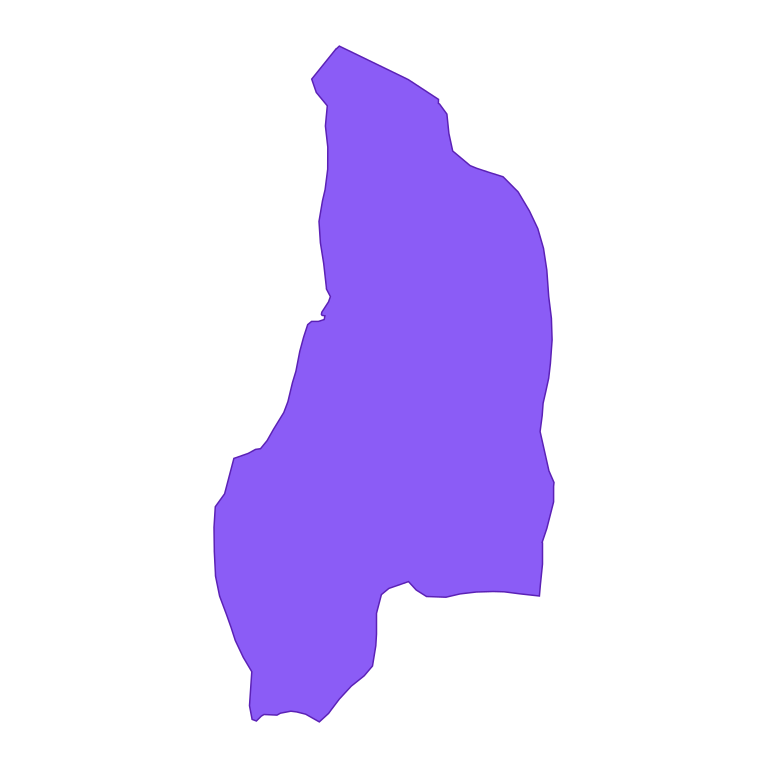 the district of Shaharah, Amran, Yemen
{"feature_id": "15242507B60781890450687", "entity_name": "Shaharah", "entity_type": "district", "adm_level": 2, "iso_a3": "YEM", "parent_name": "Yemen", "parent_adm1": "Amran", "projection": "equal_earth", "projection_center": [43.696, 16.186], "detail": "fine", "context": "isolated", "style": "filled", "palette": "violet", "viewbox_px": 768, "rotation_deg": 0, "n_neighbors": 0, "source": "geoboundaries", "source_scale": "gbopen_adm2", "svg_char_len": 1588}
<svg xmlns="http://www.w3.org/2000/svg" viewBox="0 0 768 768"><path d="M311.7,79.1L316.3,92.5L327.3,105.8L325.4,126.0L327.8,147.2L327.7,169.2L325.1,189.6L322.5,200.7L319.0,221.4L320.4,242.8L323.7,263.5L326.4,287.7L326.4,288.9L330.4,296.6L328.5,301.9L321.8,312.2L321.4,314.3L322.1,315.4L324.9,315.8L324.2,319.5L318.5,321.4L311.6,321.4L307.7,324.6L303.6,337.2L299.8,351.3L295.9,371.3L292.5,382.5L287.9,401.7L283.8,412.5L273.5,429.3L267.1,440.6L260.5,448.7L255.5,449.4L248.2,453.4L233.9,458.4L224.6,493.8L215.3,506.7L214.0,527.4L214.2,542.5L214.3,548.9L214.3,551.3L215.4,572.9L215.5,576.0L219.6,596.1L226.6,614.8L231.2,627.8L235.3,640.5L243.3,657.4L251.8,671.7L249.5,705.7L252.1,719.4L256.4,721.0L261.3,716.1L264.0,714.5L277.0,715.1L280.4,713.2L290.8,711.2L296.6,711.9L305.7,714.2L319.3,721.9L328.6,713.4L331.0,710.1L339.3,699.1L351.3,686.1L364.2,675.8L372.5,666.0L375.8,645.8L376.5,634.1L376.5,613.3L381.4,594.6L388.9,588.4L408.5,581.6L416.2,590.0L426.5,596.5L446.0,597.2L460.1,593.9L476.4,592.0L493.1,591.5L504.1,591.8L519.6,593.8L539.4,596.0L540.4,584.6L542.5,564.1L542.5,542.9L542.1,542.5L546.8,528.5L553.6,501.9L553.6,486.4L554.0,482.5L548.9,470.8L548.7,469.8L540.1,431.6L540.6,427.6L542.2,415.5L543.1,403.3L545.7,391.9L548.7,378.2L550.4,363.5L552.1,340.0L551.4,318.3L548.7,296.4L546.8,270.0L543.5,248.3L537.8,228.6L529.4,210.9L518.1,191.9L514.6,188.4L503.1,176.8L488.8,172.3L476.7,168.3L470.1,165.6L452.7,151.0L448.9,133.5L446.9,114.1L439.5,104.0L438.4,103.4L438.5,99.4L408.3,79.6L339.3,46.1L336.3,48.9L336.1,48.8L311.7,79.1Z" fill="#8b5cf6" stroke="#5b21b6" stroke-width="1.5"/></svg>